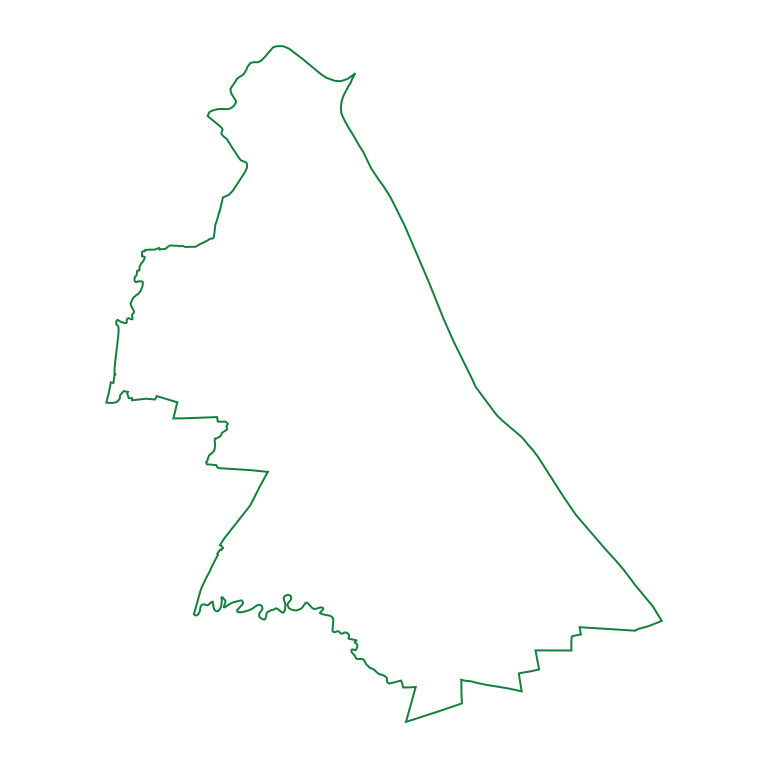 Long Phu, Sóc Trăng, Vietnam (Albers equal-area conic projection)
{"feature_id": "81297802B46768613136824", "entity_name": "Long Phu", "entity_type": "district", "adm_level": 2, "iso_a3": "VNM", "parent_name": "Vietnam", "parent_adm1": "Sóc Trăng", "projection": "albers", "projection_center": [106.051, 9.663], "detail": "fine", "context": "isolated", "style": "outline", "palette": "green", "viewbox_px": 768, "rotation_deg": 0, "n_neighbors": 0, "source": "geoboundaries", "source_scale": "gbopen_adm2", "svg_char_len": 6090}
<svg xmlns="http://www.w3.org/2000/svg" viewBox="0 0 768 768"><path d="M106.3,402.6L109.3,402.9L113.5,402.9L117.2,401.7L118.8,399.9L119.8,398.3L120.1,395.3L123.0,391.9L124.0,391.0L125.7,391.6L127.9,391.9L127.4,393.2L127.3,393.9L128.7,398.1L132.1,398.3L132.1,400.3L145.8,398.7L155.1,399.5L156.7,396.1L177.3,402.3L173.4,418.4L184.0,418.3L217.1,417.1L217.7,421.4L218.0,421.7L225.1,421.6L226.0,422.0L228.0,423.9L226.5,426.0L226.6,427.4L227.1,428.9L226.8,429.6L226.2,430.0L222.1,432.7L220.4,436.3L218.0,437.5L216.7,438.4L215.5,438.4L214.9,438.9L214.6,440.0L214.9,441.9L215.0,445.6L214.6,449.4L214.0,450.8L212.4,452.8L210.0,454.5L209.0,455.6L208.0,458.3L207.1,461.4L206.5,461.9L206.0,462.1L206.9,464.2L207.7,464.5L210.7,464.5L213.9,465.0L216.2,465.1L217.1,467.0L218.0,467.6L218.2,468.1L251.3,470.2L267.8,471.9L259.1,487.9L253.7,498.8L249.9,505.9L224.8,537.7L219.9,545.1L221.1,545.6L223.1,548.0L221.3,550.0L220.3,549.5L217.2,553.7L218.0,554.7L211.9,566.4L209.5,571.9L206.3,577.7L201.4,588.1L200.4,591.0L193.9,614.3L195.0,615.2L196.4,615.5L197.1,615.2L198.5,613.9L199.7,611.6L200.7,606.4L201.5,605.1L202.7,604.5L204.0,604.3L206.7,605.2L207.6,605.2L208.6,604.7L210.1,603.1L212.4,601.7L212.7,601.8L213.6,607.4L214.7,610.3L216.4,611.2L218.0,611.1L218.4,610.8L220.1,608.8L221.0,606.9L221.9,601.0L221.5,597.8L221.7,597.2L222.3,597.2L223.2,598.0L225.4,600.8L225.4,602.4L223.9,606.3L223.8,607.1L224.3,607.4L224.8,607.3L230.3,603.6L232.9,602.4L240.9,600.4L241.8,600.6L242.8,601.9L243.1,602.8L243.0,603.3L242.3,604.4L237.2,610.1L237.3,611.6L239.0,612.4L242.5,612.1L248.3,610.5L251.9,608.9L257.0,605.4L259.2,604.8L260.8,605.2L262.1,606.6L262.5,608.6L262.0,609.7L259.4,613.4L259.1,614.1L259.2,616.1L259.5,616.9L260.4,617.9L262.5,619.1L263.8,619.6L264.6,619.5L265.3,618.7L266.2,616.3L266.4,614.4L267.0,612.6L269.0,611.2L272.1,609.9L273.7,609.6L275.4,608.6L276.7,608.4L277.5,608.8L281.6,612.2L282.9,612.6L283.6,612.3L284.7,610.4L285.1,609.0L285.3,605.8L285.2,603.8L283.6,598.3L284.4,596.4L285.3,595.8L287.5,594.9L289.1,595.1L290.4,595.8L291.0,596.7L291.2,598.4L290.9,599.7L288.1,603.0L287.5,604.6L287.7,605.7L288.9,608.0L289.8,608.7L292.1,609.8L295.3,610.4L296.6,610.3L297.6,610.1L300.3,609.0L301.4,608.4L302.1,607.7L305.4,603.1L306.6,602.6L307.1,602.6L307.6,603.0L311.7,607.5L313.5,608.8L315.9,608.9L319.7,607.6L321.0,607.4L322.7,607.8L323.2,608.3L323.3,608.8L323.1,609.5L320.2,612.4L320.0,612.7L320.3,613.2L321.9,614.0L324.9,614.8L329.9,615.7L331.7,616.8L332.6,617.7L333.0,618.3L333.3,619.3L333.3,620.1L332.5,630.8L333.1,631.7L334.8,632.3L337.3,631.3L338.4,631.2L339.7,632.3L340.2,633.2L341.3,633.6L342.1,633.6L345.2,632.4L346.6,632.6L348.0,633.6L349.0,634.9L349.0,636.3L348.5,638.5L348.8,638.7L356.0,640.2L356.4,640.4L356.4,640.7L355.2,641.6L354.8,642.4L356.6,643.9L357.3,644.9L357.4,646.4L356.5,648.8L355.7,650.1L355.3,650.3L354.3,650.1L352.7,649.3L352.2,649.4L351.8,649.6L351.5,650.2L351.4,651.3L352.0,652.8L354.8,655.6L355.8,658.0L356.3,658.6L357.6,659.1L361.8,659.0L363.1,659.4L364.2,660.4L366.5,664.7L368.2,666.0L369.1,667.4L373.7,669.4L377.9,673.3L378.9,674.0L379.9,674.4L382.1,674.7L385.6,676.6L386.9,678.2L387.0,681.2L387.5,682.6L389.5,683.5L401.1,680.6L401.9,682.5L403.2,687.5L409.5,687.4L415.7,687.0L406.0,721.9L440.5,710.7L461.9,703.4L461.4,691.3L461.4,681.5L461.2,679.8L465.6,680.8L470.4,681.2L476.6,682.8L485.5,684.7L507.6,688.3L521.6,691.3L518.8,673.5L525.5,672.1L529.8,671.5L539.1,669.5L535.5,650.4L571.4,650.5L571.3,641.4L571.8,636.6L572.1,636.3L575.4,635.5L580.8,634.5L579.7,627.2L635.3,630.7L635.8,630.0L637.0,629.7L639.0,628.5L639.6,628.4L641.0,628.4L642.6,627.6L644.6,627.3L648.6,626.1L661.7,620.9L654.7,609.3L651.8,605.1L635.9,586.0L623.6,569.7L615.7,560.5L605.0,548.7L575.9,514.9L563.0,496.0L537.9,456.7L533.0,450.3L527.4,443.9L523.7,439.3L521.4,436.8L502.3,420.6L496.6,415.0L475.7,387.0L472.3,379.4L453.7,341.7L443.8,319.4L429.4,283.5L404.6,225.5L391.1,198.4L387.8,192.9L383.3,186.0L378.4,179.2L371.3,168.6L363.1,151.7L359.1,145.5L352.4,133.8L349.3,129.0L345.1,121.4L342.6,116.4L341.2,112.7L340.9,106.8L341.8,100.7L343.4,95.9L348.2,86.6L350.7,82.7L352.4,78.5L355.3,73.2L351.2,76.4L347.6,78.9L342.3,80.7L340.3,81.2L334.4,80.7L326.0,77.6L320.6,73.9L302.9,59.2L289.2,48.8L284.4,46.6L281.4,46.1L276.7,46.3L274.5,46.9L273.3,47.3L271.9,48.7L265.3,56.4L261.2,60.6L259.6,61.6L257.3,62.3L253.6,62.2L250.9,62.9L250.0,63.6L247.6,66.6L246.4,69.7L243.9,73.8L242.7,75.0L238.9,77.3L236.8,79.1L234.6,82.8L231.5,87.2L230.3,89.4L231.3,93.5L236.0,101.2L236.0,101.8L235.5,103.3L233.9,105.9L231.5,107.8L229.7,108.7L227.5,109.2L220.9,108.9L217.5,109.2L212.7,110.5L209.7,111.9L209.2,112.3L207.6,116.1L219.4,125.7L221.9,128.2L222.6,129.5L221.4,133.0L221.5,133.8L222.6,135.5L226.9,139.2L232.6,148.3L239.3,158.5L241.2,160.5L245.6,162.2L246.3,162.8L246.9,163.9L247.1,166.9L246.5,168.9L245.0,172.0L232.8,190.8L228.7,194.9L222.9,197.5L219.5,212.1L219.2,211.9L216.9,220.5L215.3,224.9L214.0,236.3L213.6,237.6L212.5,238.6L210.0,238.7L208.0,240.2L204.8,241.9L200.3,244.0L195.3,246.9L192.4,246.7L185.4,247.0L182.6,245.9L179.9,246.2L176.5,245.6L175.0,245.8L170.4,245.4L168.5,246.3L165.1,249.1L160.7,249.2L159.7,249.6L159.2,248.0L154.1,249.7L148.9,249.7L145.2,249.9L144.9,251.1L143.1,251.2L142.2,251.8L141.9,256.2L143.9,256.6L144.7,257.1L144.4,259.0L143.1,261.4L140.9,263.9L140.5,265.3L140.0,266.0L139.5,267.1L139.4,270.2L138.7,270.7L137.5,270.6L136.9,271.6L136.9,273.5L136.4,275.6L134.9,276.9L134.6,277.4L134.6,279.8L134.8,281.2L135.4,281.9L135.9,282.1L136.8,282.0L137.7,281.4L142.1,281.4L142.6,282.0L142.9,283.2L142.7,285.0L142.3,286.9L140.5,291.0L138.3,293.9L136.4,295.0L134.5,296.8L133.5,297.3L130.6,303.2L131.1,305.4L132.2,308.0L133.8,310.8L134.0,311.8L133.8,312.6L132.1,314.8L132.0,315.5L132.5,317.7L132.4,319.2L131.6,319.3L128.5,318.2L127.9,318.4L126.9,319.3L126.7,320.4L126.7,322.5L126.4,323.0L125.1,323.1L121.1,322.0L118.0,320.1L117.5,320.0L116.9,320.3L116.5,321.0L116.1,323.9L117.6,325.6L118.2,326.6L118.5,327.5L118.7,329.5L118.3,335.2L115.1,362.9L114.5,369.6L114.5,374.1L115.3,374.1L115.2,375.0L114.5,375.0L113.4,382.9L110.9,382.4L108.4,394.5L106.3,402.6Z" fill="none" stroke="#15803d" stroke-width="2"/></svg>